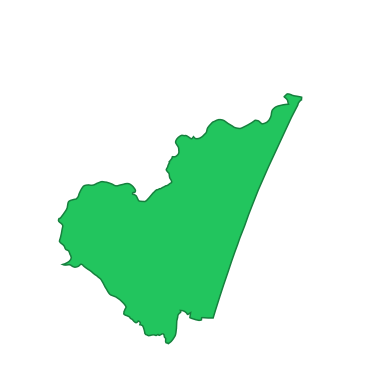 the district of Mo Duc, Quảng Ngãi, Vietnam, rotated 37°
{"feature_id": "81297802B23204917551818", "entity_name": "Mo Duc", "entity_type": "district", "adm_level": 2, "iso_a3": "VNM", "parent_name": "Vietnam", "parent_adm1": "Quảng Ngãi", "projection": "natural_earth1", "projection_center": [108.868, 14.986], "detail": "fine", "context": "isolated", "style": "filled", "palette": "green", "viewbox_px": 384, "rotation_deg": 37, "n_neighbors": 0, "source": "geoboundaries", "source_scale": "gbopen_adm2", "svg_char_len": 6026}
<svg xmlns="http://www.w3.org/2000/svg" viewBox="0 0 384 384"><g transform="rotate(37 192 192)"><path d="M284.7,279.9L281.9,272.3L276.9,258.1L273.1,247.0L268.8,233.9L265.4,223.8L262.3,214.1L260.0,206.4L257.9,200.0L254.4,187.4L250.8,176.0L247.5,164.2L243.8,150.8L238.0,126.3L230.2,89.9L226.5,72.6L224.2,59.1L223.4,56.9L223.4,55.0L223.6,53.3L224.0,52.5L223.6,52.1L223.0,50.9L222.5,50.3L220.7,51.1L218.1,52.4L215.7,53.7L213.6,54.5L212.4,54.7L211.6,55.0L210.7,55.3L209.8,55.8L209.3,56.1L208.9,56.7L208.7,57.1L208.6,58.5L208.2,60.3L208.6,60.6L209.0,60.6L209.8,60.6L211.0,60.7L212.0,60.9L212.9,61.2L213.5,61.6L214.2,62.2L215.3,63.1L216.3,63.8L214.3,65.5L212.4,67.4L209.0,71.5L208.4,72.5L207.9,73.3L207.5,74.3L207.3,74.9L207.0,76.4L206.9,77.5L206.9,78.2L206.9,78.5L207.2,79.4L207.9,81.0L209.0,82.9L209.6,84.5L209.9,85.8L210.2,87.9L210.2,88.8L209.9,90.7L209.7,91.5L208.8,93.2L208.1,94.2L207.6,94.8L207.2,95.2L207.0,95.4L206.2,95.5L203.1,95.2L202.5,95.2L201.7,95.4L200.9,95.8L200.3,96.1L199.8,96.3L199.3,96.7L199.0,97.3L198.7,98.6L198.3,99.7L198.0,100.7L197.4,102.1L196.3,104.7L195.4,106.6L193.4,110.6L192.9,111.4L192.4,112.1L191.7,112.7L190.8,113.2L189.7,113.8L188.2,114.5L186.4,115.0L184.7,115.0L180.3,115.5L179.4,115.6L176.3,115.6L174.6,115.7L173.1,116.1L171.1,117.1L169.7,118.2L168.6,119.7L167.2,122.5L166.6,123.4L166.3,124.6L165.9,128.6L165.9,131.0L166.0,131.6L166.1,132.1L166.5,133.2L166.9,134.0L167.2,134.8L167.5,135.5L167.6,136.2L167.5,137.2L167.3,138.4L167.1,140.0L166.9,141.4L166.7,142.0L166.2,143.3L165.7,144.4L164.8,145.6L163.8,146.5L162.9,147.1L162.4,147.2L161.6,147.3L160.8,147.1L159.9,146.9L159.9,148.4L159.9,149.2L159.5,149.8L159.0,150.0L158.6,150.0L158.0,150.1L156.6,150.1L154.1,150.3L153.1,150.6L152.7,150.9L152.2,151.5L151.1,152.1L150.1,152.6L149.6,153.0L148.9,154.3L148.2,156.6L148.0,158.6L148.1,159.7L148.4,161.2L148.9,162.1L149.7,162.7L151.7,163.5L152.7,163.8L154.3,164.5L155.5,165.6L156.5,166.8L157.6,168.0L158.2,169.6L158.2,171.0L157.9,172.7L157.4,173.7L156.8,174.5L155.1,175.6L155.4,176.6L155.7,177.0L155.8,177.5L155.7,177.6L155.7,179.4L155.6,181.8L156.2,182.1L156.5,182.3L156.5,183.6L156.9,185.2L157.5,186.7L157.8,189.0L158.1,189.8L158.7,190.1L160.3,190.6L162.2,190.9L163.1,191.5L163.9,192.4L164.7,193.2L165.7,194.1L167.8,194.9L168.6,195.3L169.7,196.1L169.7,196.3L169.9,196.7L169.8,197.3L169.2,198.8L168.8,200.4L168.2,201.9L167.3,202.9L166.5,204.8L165.6,206.4L165.3,207.5L164.7,208.5L164.1,208.9L163.6,210.1L163.1,210.9L162.4,211.6L162.0,213.0L161.8,214.8L161.5,216.3L161.4,218.5L161.2,222.4L160.8,226.2L160.2,227.9L159.3,228.5L157.7,229.6L155.9,230.7L155.3,231.0L154.6,230.9L153.7,230.7L152.3,229.9L149.9,228.7L148.2,228.7L147.2,228.9L146.3,229.4L145.8,229.4L145.3,228.8L145.2,228.4L145.3,227.8L145.6,227.4L146.1,227.2L146.5,226.7L146.5,226.4L146.4,225.8L146.2,225.2L145.7,224.6L144.2,223.9L143.1,223.6L141.7,223.2L139.6,223.0L137.7,223.1L136.9,223.3L135.7,223.8L134.7,224.6L133.6,225.7L132.5,227.2L130.3,229.8L128.6,232.1L127.3,233.0L126.2,233.4L123.8,233.7L122.9,233.9L120.3,234.7L117.8,235.6L116.7,236.3L114.1,237.7L113.3,238.4L113.2,238.5L111.6,241.2L111.0,242.0L110.2,243.8L109.3,245.5L108.1,246.8L107.0,247.6L105.1,248.6L103.4,250.2L102.4,251.4L101.8,252.7L101.8,254.7L101.9,256.1L102.1,257.5L102.6,260.0L103.0,261.6L103.9,264.0L103.9,266.0L103.7,267.3L103.1,268.1L102.4,268.7L100.2,271.6L99.4,273.2L99.3,274.1L99.4,274.8L100.0,276.2L101.8,279.6L102.3,281.6L102.4,282.8L102.6,287.2L102.6,292.1L101.8,293.2L101.9,293.9L102.2,294.6L102.6,295.2L103.3,295.6L104.4,295.8L105.8,295.8L107.2,295.9L108.3,296.2L109.2,296.8L109.6,297.5L110.6,299.7L112.7,303.8L114.3,307.4L114.8,308.7L115.1,309.7L115.4,310.3L115.7,311.0L115.9,311.2L116.5,311.4L117.5,311.7L118.5,311.7L121.1,311.8L122.4,312.1L123.4,312.6L124.6,313.4L125.4,313.7L126.2,313.8L128.3,313.3L129.0,313.3L130.0,313.8L131.1,314.5L132.1,315.2L133.6,315.9L134.4,316.6L134.9,316.8L135.3,317.6L135.7,318.7L135.8,319.9L135.6,321.5L134.9,323.4L133.4,326.4L132.8,327.0L132.3,327.7L133.7,327.3L135.2,326.3L137.3,324.3L138.3,323.6L139.0,323.4L140.1,323.4L141.5,323.3L142.9,322.9L143.8,322.5L144.9,321.3L145.8,320.0L146.3,318.5L146.4,317.3L146.7,316.5L147.3,316.2L148.5,316.0L149.7,316.3L151.1,316.4L153.1,316.4L155.7,316.3L157.5,316.1L159.7,316.1L161.4,316.3L164.0,316.4L166.2,316.2L168.3,316.4L171.0,316.4L172.2,316.7L175.8,318.2L180.1,320.3L181.8,320.9L184.8,322.2L186.2,322.7L187.3,323.0L188.0,323.1L189.2,323.1L190.5,322.7L194.4,321.6L196.5,321.5L199.4,321.4L202.6,321.8L204.6,322.1L206.8,322.7L207.8,323.1L208.4,323.4L208.8,324.0L209.1,326.1L209.4,327.0L209.7,328.5L210.2,329.2L210.8,330.3L211.4,330.6L212.8,330.5L214.6,329.9L216.5,329.5L217.3,329.4L218.3,329.7L218.9,330.0L220.1,329.8L221.1,329.7L221.9,329.9L223.2,330.2L224.9,330.3L225.7,330.2L226.4,329.6L226.7,328.3L226.6,327.6L227.0,327.2L228.3,327.2L229.3,327.4L229.6,327.7L230.2,329.4L231.3,328.8L233.0,328.5L234.7,329.4L236.9,331.0L238.8,332.6L239.1,333.1L239.7,333.2L240.6,333.7L241.8,333.3L242.5,333.2L243.1,333.1L243.8,332.9L244.4,332.3L245.0,331.7L245.4,331.1L246.2,330.2L246.8,329.6L247.3,329.2L247.9,328.8L248.7,328.6L249.5,328.3L249.9,327.9L250.1,327.4L250.3,326.7L250.5,326.4L250.7,326.2L251.0,326.2L251.4,326.2L251.8,326.3L252.2,326.1L252.5,325.6L253.0,324.5L253.4,323.6L253.6,323.2L254.0,322.9L254.4,322.7L254.7,322.7L255.3,322.7L255.8,323.1L256.3,323.6L257.0,324.2L257.4,324.5L257.9,324.5L258.5,324.7L258.9,324.8L259.3,325.0L259.8,325.8L260.4,326.6L260.9,327.3L261.4,327.7L262.2,328.0L263.5,327.3L264.3,327.4L264.9,325.6L265.3,323.9L265.4,321.8L265.4,320.5L265.2,318.3L265.1,317.2L264.8,316.1L264.2,314.8L263.7,313.8L262.2,311.3L261.8,310.5L259.6,307.3L257.4,304.1L256.4,301.7L256.0,300.8L255.1,299.3L254.9,298.7L254.8,297.7L254.9,296.5L255.2,295.5L255.3,295.1L255.2,294.6L253.9,293.6L256.3,292.2L258.3,291.8L260.3,291.9L261.7,292.4L262.4,292.3L262.7,291.3L263.1,290.2L263.5,289.2L265.4,292.7L265.9,293.6L267.4,293.3L271.9,291.7L274.9,290.3L276.2,289.0L276.5,288.4L275.9,287.6L275.4,286.5L276.3,285.8L280.4,283.1L284.7,279.9Z" fill="#22c55e" stroke="#15803d" stroke-width="1.5"/></g></svg>